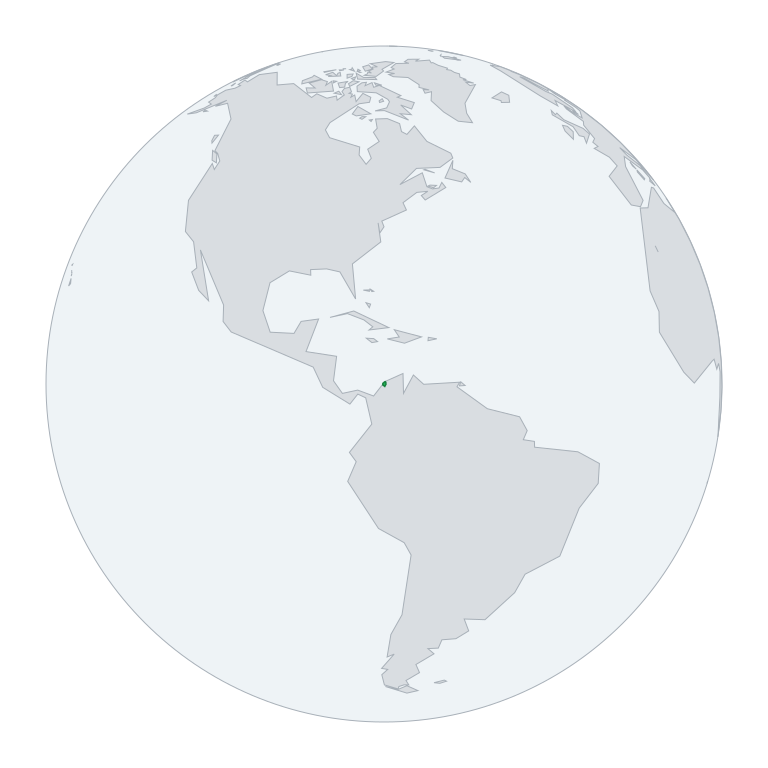 Atlántico on an orthographic globe
{"feature_id": "COL-1412", "entity_name": "Atlántico", "entity_type": "Department", "adm_level": 1, "iso_a3": "COL", "parent_name": "Colombia", "parent_adm1": "", "projection": "orthographic", "projection_center": [-75.051, 10.678], "detail": "fine", "context": "on_globe", "style": "filled", "palette": "green", "viewbox_px": 768, "rotation_deg": 0, "n_neighbors": 0, "source": "natural_earth", "source_scale": "10m", "svg_char_len": 8814}
<svg xmlns="http://www.w3.org/2000/svg" viewBox="0 0 768 768"><circle cx="384" cy="384" r="338" fill="#eef3f6" stroke="#a8b0b8"/><path d="M365.7,397.8L357.8,394.1L349.9,404.1L322.7,387.3L313.2,367.1L231.2,332.0L223.1,321.5L223.6,305.0L200.4,249.9L208.6,300.8L198.7,290.4L191.7,272.0L196.8,267.9L193.6,241.8L185.4,231.5L188.5,200.3L212.3,163.5L214.3,169.5L219.8,161.0L217.7,153.4L214.9,150.7L231.0,119.0L227.6,103.3L215.4,106.3L226.8,100.3L196.3,112.8L187.3,114.1L204.3,108.0L211.3,104.1L208.6,102.1L215.2,97.8L217.6,94.8L225.8,90.2L235.0,88.2L240.5,85.6L238.2,84.5L245.0,80.0L247.4,81.9L259.4,74.6L277.2,72.3L277.1,85.0L293.7,83.6L311.6,97.5L316.8,93.8L326.9,98.2L336.5,96.0L337.1,100.2L344.3,95.0L342.0,91.6L344.4,88.5L349.8,87.2L351.5,91.9L349.0,93.3L352.4,94.1L350.9,97.2L354.7,95.0L356.1,101.6L362.9,93.4L370.8,97.3L369.5,102.3L359.0,103.8L330.0,122.6L325.4,129.9L329.6,137.7L359.7,147.0L359.1,155.0L366.1,164.3L371.3,158.3L367.7,149.2L379.2,141.5L373.4,132.3L377.2,128.3L375.6,119.0L387.3,118.6L399.6,123.6L401.5,131.6L406.9,134.4L414.4,125.9L426.9,141.4L450.8,153.2L452.8,158.0L440.0,167.4L416.5,168.4L399.9,184.6L422.3,172.8L426.9,186.7L432.5,188.9L439.0,188.0L441.8,182.4L445.8,187.5L425.2,200.0L421.3,195.5L427.8,191.3L416.8,192.4L403.0,202.7L406.4,210.0L381.8,221.1L384.0,226.8L379.8,233.0L378.1,222.9L380.8,241.9L352.4,263.9L355.6,299.0L339.9,271.9L326.6,268.9L310.6,269.6L310.8,275.2L289.4,270.9L270.0,282.7L262.9,310.6L270.2,332.2L294.0,333.4L301.1,321.4L318.6,319.0L306.0,351.6L336.6,356.3L333.5,380.8L342.4,393.4L357.7,390.1L373.6,396.0L384.8,381.6L403.0,373.5L403.5,393.4L413.4,375.0L423.7,384.3L459.6,382.2L457.0,386.8L487.3,408.7L519.6,416.8L527.2,430.6L523.3,439.7L534.4,441.4L534.6,447.2L577.9,451.8L599.4,463.5L598.2,483.4L579.2,508.1L559.8,556.1L525.1,574.2L514.7,592.6L485.0,619.7L464.2,619.0L468.7,630.9L455.9,638.7L441.9,639.8L438.3,648.1L427.9,648.6L434.0,653.8L415.9,664.5L419.5,672.6L406.0,680.5L408.8,684.9L404.1,684.8L398.9,686.5L398.1,688.9L384.4,684.9L381.8,674.7L387.7,669.4L381.6,668.4L394.2,654.1L387.1,657.0L390.9,634.5L402.0,614.8L411.1,555.0L404.2,542.7L378.5,528.5L347.7,481.4L356.2,461.7L349.4,452.4L371.8,424.1L365.7,397.8ZM68.6,286.0L71.1,278.4L70.6,283.6L68.6,286.0ZM72.0,273.5L71.2,276.1L71.7,273.9L72.0,273.5ZM71.9,271.7L71.9,273.0L71.6,272.3L71.9,271.7ZM71.5,270.3L71.8,270.8L71.7,271.0L71.5,270.3ZM353.8,311.0L388.8,327.6L369.0,330.0L372.8,326.8L363.9,319.9L347.4,313.6L330.0,317.4L353.8,311.0ZM71.9,265.9L72.1,264.6L72.7,264.2L71.9,265.9ZM369.4,291.3L363.3,290.1L369.3,289.9L369.4,291.3ZM212.6,150.4L216.9,153.9L216.4,162.8L212.1,160.2L212.6,150.4ZM214.6,135.3L218.5,135.1L212.0,143.1L211.8,140.7L214.6,135.3ZM205.2,110.1L207.5,111.1L203.0,111.8L205.2,110.1ZM216.6,95.2L213.8,96.5L216.3,94.5L216.6,95.2ZM369.3,120.0L372.4,119.5L371.1,121.5L369.3,120.0ZM365.7,116.7L362.0,119.3L359.7,118.2L362.1,116.6L365.7,116.7ZM230.9,86.0L235.7,82.9L232.5,85.6L230.9,86.0ZM370.8,113.8L356.2,115.9L352.3,114.0L357.9,106.5L370.8,113.8ZM239.6,80.9L251.0,74.4L245.9,76.3L266.8,68.3L250.1,75.8L246.9,78.5L244.7,78.6L239.6,80.9ZM338.8,91.2L341.6,94.7L334.2,93.2L338.8,91.2ZM333.5,91.1L307.4,93.0L306.1,87.9L315.1,88.0L309.3,83.1L321.5,79.7L327.4,81.6L325.8,85.3L331.7,81.3L333.5,91.1ZM276.5,65.4L280.7,63.9L278.1,65.2L276.5,65.4ZM344.7,87.1L339.6,87.6L338.0,83.1L348.1,81.4L345.4,83.3L344.7,87.1ZM301.8,83.9L302.4,80.7L312.5,76.9L314.1,75.3L321.6,79.2L301.8,83.9ZM348.5,83.7L353.2,80.7L359.0,81.8L349.7,86.4L348.5,83.7ZM333.4,82.9L333.2,80.8L336.6,81.3L333.4,82.9ZM381.9,85.2L375.8,85.2L374.4,82.8L381.9,85.2ZM354.6,79.6L352.6,79.3L351.4,78.5L355.6,76.9L354.6,79.6ZM328.2,76.5L332.2,75.9L325.6,74.7L332.8,72.3L336.6,75.6L338.0,73.2L340.2,72.5L340.8,76.0L328.2,76.5ZM356.2,73.2L363.5,77.4L375.2,77.6L376.7,79.6L357.6,79.1L356.2,73.2ZM347.1,74.4L353.1,74.0L351.9,76.4L347.1,78.2L347.1,74.4ZM336.4,69.7L324.3,72.4L323.9,71.7L336.4,69.7ZM359.9,72.6L358.0,71.7L360.8,72.3L359.9,72.6ZM343.9,69.9L339.7,70.8L339.3,69.9L343.9,69.9ZM357.9,69.2L360.2,70.5L357.1,71.6L357.9,69.2ZM351.7,69.1L352.2,67.7L354.5,71.2L349.8,69.6L351.7,69.1ZM344.2,68.9L342.7,68.7L346.1,68.7L344.2,68.9ZM368.7,64.9L372.3,69.0L365.3,71.2L362.7,66.8L368.7,64.9ZM406.9,693.1L385.4,686.5L397.6,689.6L406.9,685.7L417.9,690.6L406.9,693.1ZM434.0,682.7L444.3,680.1L446.5,681.2L439.9,683.3L434.0,682.7ZM637.6,160.7L639.6,163.0L645.4,169.8L651.5,177.5L653.6,180.3L641.1,165.7L635.4,159.3L619.7,147.6L626.5,154.8L641.7,166.9L641.0,167.0L650.3,178.6L642.7,169.9L624.2,156.5L625.6,166.6L643.1,200.4L640.5,206.7L631.3,205.0L609.1,176.3L617.2,165.9L609.4,157.2L594.2,148.4L598.0,146.5L592.8,142.2L594.6,138.6L583.7,125.2L583.4,121.4L566.4,108.9L563.9,105.8L574.7,113.7L582.1,117.9L579.9,110.9L575.7,107.4L564.8,100.3L565.6,100.0L555.2,94.1L547.7,88.7L548.2,91.0L535.4,84.4L523.9,78.0L519.7,76.7L538.5,87.3L545.9,91.5L552.2,94.1L572.4,107.8L576.0,112.0L555.1,100.5L557.8,105.9L540.4,96.0L500.3,70.7L490.1,65.1L500.3,66.7L510.1,70.5L511.3,71.4L522.0,75.6L515.5,72.7L515.9,72.9L538.7,83.6L560.7,95.9L581.7,109.9L601.6,125.4L620.3,142.4L637.6,160.7ZM493.0,64.1L492.5,64.0L492.4,63.9L493.0,64.1ZM279.3,62.7L273.1,64.9L273.6,64.8L279.3,62.9L266.8,68.3L245.9,76.3L245.8,75.9L232.8,82.1L234.2,81.1L256.4,71.1L279.3,62.7ZM707.0,483.4L707.2,482.7L707.7,480.9L707.0,483.4ZM717.8,436.9L718.0,435.3L719.9,397.1L720.1,371.8L718.6,363.4L716.8,369.1L714.1,359.2L712.2,361.0L694.3,383.1L683.8,372.2L659.4,332.2L659.0,311.5L650.1,290.9L640.2,208.0L648.0,207.8L651.4,187.3L653.6,188.0L663.9,203.5L675.1,212.7L666.0,197.9L679.1,219.3L690.4,241.6L700.1,264.6L708.1,288.3L714.3,312.6L718.7,337.2L721.2,362.1L721.9,387.1L720.8,412.0L717.8,436.9ZM655.2,245.8L658.2,252.0L655.2,245.8ZM460.8,381.8L465.1,385.5L459.4,385.9L460.8,381.8ZM366.3,338.2L373.7,338.6L377.6,341.6L371.9,342.6L366.3,338.2ZM428.3,337.3L436.8,338.8L428.0,340.7L428.3,337.3ZM394.3,329.7L421.5,336.9L404.5,343.2L387.3,338.9L399.2,337.0L394.3,329.7ZM366.0,302.7L370.6,304.1L369.3,307.7L366.0,302.7ZM373.7,291.3L371.9,291.6L369.6,288.7L373.7,291.3ZM428.1,186.0L429.9,185.1L436.5,185.4L433.5,187.8L428.1,186.0ZM465.2,173.9L470.8,182.4L464.7,177.5L461.7,181.9L445.0,178.0L452.9,160.3L452.3,168.7L465.2,173.9ZM425.0,169.3L434.7,172.9L423.8,169.8L425.0,169.3ZM562.5,125.3L567.4,126.3L573.2,131.7L573.4,139.3L565.1,131.1L562.5,125.3ZM573.1,126.7L552.3,114.8L551.3,110.5L555.4,114.7L556.8,113.1L563.8,119.7L583.1,128.4L589.5,134.0L586.5,143.2L584.0,136.7L579.3,135.7L573.1,126.7ZM501.0,100.7L492.0,97.9L501.5,91.9L508.8,95.3L509.6,102.3L501.4,102.5L501.0,100.7ZM383.6,101.3L379.6,102.5L379.1,100.9L382.2,98.7L383.6,101.3ZM379.2,85.4L400.9,95.6L397.3,97.2L414.3,102.6L411.6,109.0L400.7,105.0L411.3,114.7L400.3,113.7L408.6,120.1L384.5,110.6L375.1,110.9L386.7,107.9L389.5,101.8L387.8,99.3L376.2,92.8L357.3,91.6L357.0,86.2L361.9,82.8L366.4,82.3L365.1,85.7L372.0,82.6L373.7,87.3L379.2,85.4ZM418.7,59.2L415.4,61.2L429.5,60.1L431.2,62.9L432.8,62.6L438.2,65.3L447.5,68.2L446.7,69.6L450.7,70.2L454.4,72.4L459.5,73.9L459.9,77.1L466.3,79.5L462.9,79.7L473.7,83.1L465.8,82.2L469.9,85.5L475.4,84.6L465.0,103.2L466.7,113.3L472.5,122.7L458.2,121.2L443.7,112.0L431.1,100.6L431.5,91.7L425.0,93.2L423.2,89.6L429.1,89.9L419.0,87.4L419.1,84.7L408.0,77.5L393.3,76.7L388.8,74.5L394.6,73.5L386.1,72.1L394.1,69.0L391.1,67.5L395.9,63.5L408.9,63.3L404.5,61.8L408.0,59.3L418.7,59.2ZM370.4,63.7L385.5,61.6L393.9,62.5L382.0,69.3L383.6,71.0L376.2,76.4L364.3,75.3L367.5,73.8L367.8,72.1L371.4,73.1L368.8,71.0L373.1,69.1L372.2,67.1L377.4,66.8L370.4,63.7ZM649.6,181.0L650.1,180.4L649.4,178.0L655.2,185.8L649.6,181.0ZM637.4,172.0L636.9,169.9L644.8,178.7L644.3,179.8L637.4,172.0ZM629.9,161.9L636.3,169.2L632.5,165.9L629.9,161.9ZM573.6,111.9L572.2,109.9L574.7,111.4L578.5,114.5L573.6,111.9ZM461.1,60.2L457.8,60.2L455.8,59.6L444.5,58.2L442.3,56.5L448.3,56.7L461.1,60.2ZM456.8,58.1L452.4,57.6L454.1,57.1L456.8,58.1ZM440.2,55.4L441.0,54.6L440.8,56.2L440.2,55.4ZM463.7,55.6L450.0,52.6L438.3,50.5L463.7,55.6ZM387.2,46.1L386.9,46.1L387.2,46.1ZM393.7,46.2L397.5,46.4L392.0,46.4L389.0,46.1L390.6,46.1L393.7,46.2ZM427.9,50.3L433.4,51.1L431.9,51.3L427.9,50.3ZM278.9,64.2L280.5,63.9L276.8,65.0L278.9,64.2ZM322.8,51.7L321.7,51.9L322.8,51.7Z" fill="#d9dde1" stroke="#a8b0b8" stroke-width="1"/><path d="M382.8,383.8L383.0,383.7L383.0,383.4L383.0,383.2L383.3,383.0L383.7,382.8L383.9,382.7L384.0,382.7L384.1,382.4L384.2,382.2L384.3,382.2L384.5,382.1L384.7,381.9L384.9,381.8L385.1,381.8L385.2,381.7L385.5,381.9L385.6,382.0L385.7,382.4L385.8,382.5L385.9,382.8L385.8,383.0L385.9,383.4L385.9,383.5L385.9,384.0L385.9,384.4L385.9,384.6L385.4,385.0L385.3,385.5L385.2,385.6L385.1,385.8L384.8,386.4L384.7,386.3L384.4,386.0L384.2,385.8L383.9,385.6L383.5,385.6L383.4,385.4L383.3,385.2L383.2,385.2L382.9,385.1L382.8,384.9L382.8,384.6L383.0,384.5L383.0,384.4L383.0,384.2L382.9,384.2L382.8,383.9L382.8,383.8Z" fill="#22c55e" stroke="#15803d" stroke-width="1.5"/></svg>